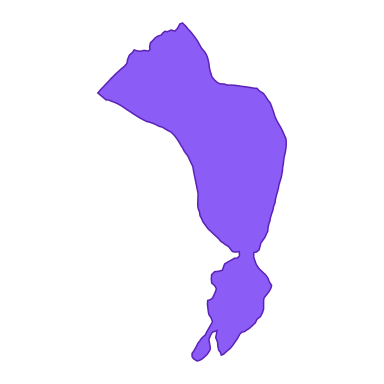 Al Ashah, Amran, Yemen
{"feature_id": "15242507B84634184088095", "entity_name": "Al Ashah", "entity_type": "district", "adm_level": 2, "iso_a3": "YEM", "parent_name": "Yemen", "parent_adm1": "Amran", "projection": "albers", "projection_center": [43.794, 16.335], "detail": "fine", "context": "isolated", "style": "filled", "palette": "violet", "viewbox_px": 384, "rotation_deg": 0, "n_neighbors": 0, "source": "geoboundaries", "source_scale": "gbopen_adm2", "svg_char_len": 5114}
<svg xmlns="http://www.w3.org/2000/svg" viewBox="0 0 384 384"><path d="M97.8,93.0L106.2,100.0L108.4,99.8L110.5,100.9L114.5,102.3L118.1,104.0L121.9,106.1L123.8,107.5L125.7,108.8L126.0,109.0L127.6,110.1L131.1,112.3L132.2,113.1L134.5,114.6L136.6,115.9L140.3,118.2L143.1,119.7L147.0,121.6L149.3,122.1L153.0,123.4L154.8,124.1L155.2,124.3L159.6,126.5L162.3,127.1L165.8,129.3L167.7,130.4L171.2,132.2L174.6,135.7L177.0,138.9L179.3,142.5L181.2,145.9L182.6,147.9L184.1,150.9L185.6,153.1L186.3,154.0L187.3,155.2L188.5,157.3L189.4,159.5L192.8,166.5L193.2,168.8L193.5,170.8L198.1,193.7L197.7,204.5L197.8,204.6L197.8,204.8L197.8,205.2L197.8,205.4L197.8,205.6L197.8,206.2L197.9,206.3L197.9,206.5L197.9,206.9L198.0,207.0L198.0,207.4L198.0,207.5L198.1,207.8L198.2,208.1L198.2,208.3L198.2,208.5L198.3,208.6L198.3,208.8L198.4,209.0L198.5,209.2L198.5,209.3L198.5,209.5L198.5,209.8L198.9,210.2L199.5,212.2L200.0,215.4L200.0,215.5L200.2,215.9L200.2,216.0L200.3,216.1L200.3,216.3L200.4,216.5L200.5,216.6L200.6,216.8L200.7,217.0L200.8,217.1L200.9,217.3L201.0,217.5L201.2,217.8L201.3,218.0L201.4,218.3L201.5,218.5L201.6,218.8L201.7,219.0L201.9,219.4L202.0,219.6L202.1,219.8L202.2,220.0L202.3,220.2L202.4,220.3L202.4,220.6L202.5,220.9L202.5,221.0L202.7,221.4L202.8,221.5L203.0,221.8L203.2,222.0L203.3,222.1L203.4,222.4L203.6,222.6L203.7,222.8L203.8,222.9L203.9,223.1L204.0,223.3L204.2,223.5L204.3,223.5L204.4,223.8L204.5,223.9L204.6,224.0L204.8,224.4L204.9,224.5L205.1,224.7L205.2,224.9L205.3,225.0L205.4,225.3L205.6,225.5L205.8,225.7L206.0,226.0L206.3,226.5L206.5,226.8L206.7,227.0L206.8,227.1L207.0,227.4L207.1,227.5L207.3,227.8L207.4,228.0L207.6,228.2L207.7,228.4L207.8,228.5L208.0,228.6L208.2,228.8L208.3,228.9L208.4,229.0L208.5,229.1L208.7,229.3L208.9,229.5L209.0,229.6L209.1,229.9L209.3,230.0L209.5,230.2L209.6,230.3L209.9,230.5L210.1,230.7L210.3,230.9L210.4,231.0L210.7,231.2L210.9,231.4L211.1,231.6L211.3,231.8L211.5,232.0L211.8,232.2L211.9,232.4L212.0,232.5L212.3,232.7L212.5,233.0L213.0,233.4L213.2,233.7L213.4,233.9L213.7,234.2L213.9,234.3L214.0,234.5L214.4,234.8L214.6,235.0L214.9,235.2L215.0,235.3L215.2,235.5L215.4,235.7L215.6,235.8L215.8,236.0L216.0,236.2L216.2,236.3L216.4,236.6L216.6,236.7L216.7,236.8L216.9,237.0L217.0,237.0L217.2,237.3L217.3,237.4L217.4,237.5L217.6,237.6L217.7,237.8L217.8,237.9L218.1,238.2L218.2,238.3L218.4,238.5L218.5,238.6L218.7,238.8L218.8,238.9L218.9,239.0L219.0,239.1L219.2,239.3L219.3,239.5L219.5,239.7L219.6,239.9L219.8,240.0L220.0,240.3L220.1,240.6L221.5,241.9L223.7,243.3L225.4,244.7L228.5,246.5L232.4,251.5L235.2,252.1L239.2,251.6L239.5,256.1L237.0,258.2L234.4,258.2L234.3,258.4L227.6,262.1L224.7,263.9L223.7,266.3L222.4,270.2L218.6,271.3L214.7,271.6L211.6,274.7L211.3,278.9L211.7,283.1L214.8,285.7L216.4,288.9L214.7,293.5L213.4,296.1L212.5,298.1L210.3,299.7L207.7,300.4L207.4,304.1L207.9,308.2L208.4,312.2L208.9,314.6L211.1,317.9L212.5,321.8L210.6,325.2L208.5,328.8L206.5,332.4L205.3,334.9L201.8,338.0L200.2,340.2L200.1,340.6L198.2,342.8L195.9,347.3L194.0,350.7L192.0,353.5L192.1,356.7L193.6,358.8L197.0,361.0L199.7,360.3L201.8,359.1L203.7,357.7L207.4,354.1L209.9,350.2L210.3,348.0L209.7,344.1L208.9,339.3L210.4,335.6L210.4,335.4L212.3,332.3L216.9,330.6L216.5,333.6L215.7,337.5L217.6,342.3L217.8,346.2L218.7,350.1L220.5,352.5L221.2,355.1L223.5,354.3L226.8,351.2L229.9,348.7L232.5,345.7L234.8,342.3L237.1,339.1L239.9,334.0L241.9,332.2L244.6,331.5L246.8,330.0L249.2,328.5L252.3,325.7L255.3,322.9L256.9,319.4L260.4,316.6L262.3,313.1L263.6,309.1L263.6,305.2L263.6,300.7L264.1,297.8L266.7,294.6L269.2,291.3L271.0,287.9L271.6,285.3L269.4,282.0L268.0,278.3L265.7,275.0L259.5,269.1L258.1,267.4L256.1,264.0L255.3,261.8L254.5,259.5L253.7,256.9L253.7,254.7L253.7,254.1L254.1,252.4L256.6,252.0L259.1,249.8L261.0,242.7L262.4,240.9L264.8,237.5L266.0,234.9L267.8,231.1L268.1,227.0L269.1,223.2L270.0,220.7L270.3,218.3L271.5,214.1L272.9,210.2L273.6,206.4L275.1,202.6L275.3,200.4L275.7,198.2L276.3,195.8L277.8,190.5L278.5,187.8L278.9,185.0L280.1,181.0L281.3,177.1L282.5,170.4L282.6,167.7L283.4,163.7L283.6,161.0L284.1,157.2L285.3,152.3L285.9,148.4L286.2,145.1L286.2,140.9L285.8,138.2L284.8,136.2L283.1,132.2L281.3,128.5L279.2,124.8L277.1,121.2L275.3,117.4L274.3,114.5L273.1,110.6L271.7,106.8L270.3,103.1L267.8,99.8L265.7,96.6L263.4,93.4L259.5,91.0L256.9,88.3L254.0,88.2L250.3,87.5L246.3,86.9L242.1,86.4L239.7,86.0L235.6,85.4L231.6,85.1L228.9,85.1L226.7,84.9L224.2,84.0L220.0,83.8L217.6,82.7L214.6,80.1L212.1,77.1L211.2,74.5L210.0,70.4L209.2,66.4L209.0,64.0L208.5,61.6L207.6,57.7L206.1,54.1L204.6,51.8L201.5,48.1L199.5,44.6L197.5,40.9L195.1,37.5L192.5,34.1L190.0,31.0L188.3,29.4L185.9,26.3L182.5,23.0L179.9,23.9L177.7,28.0L175.0,31.1L171.1,30.0L167.7,31.7L165.0,31.3L162.9,32.9L161.2,35.0L157.5,36.3L155.1,38.0L152.4,40.9L150.4,42.8L149.6,47.0L150.0,49.6L148.2,51.1L145.4,50.5L143.2,50.5L141.0,51.2L137.2,50.9L134.1,49.9L132.6,52.3L129.4,55.1L127.6,59.5L126.9,63.4L124.4,66.3L121.9,68.3L115.5,74.1L113.7,75.9L111.6,78.2L111.4,78.1L111.1,78.5L109.5,80.3L107.6,82.3L106.0,84.0L104.1,86.0L102.3,87.9L101.2,89.0L100.6,89.7L100.3,90.0L98.9,91.7L97.8,93.0Z" fill="#8b5cf6" stroke="#5b21b6" stroke-width="1.5"/></svg>